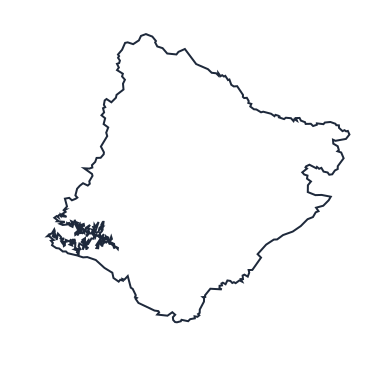 the district of Sragen, Jawa Tengah, Indonesia, rotated 296°
{"feature_id": "22746128B28263166501815", "entity_name": "Sragen", "entity_type": "district", "adm_level": 2, "iso_a3": "IDN", "parent_name": "Indonesia", "parent_adm1": "Jawa Tengah", "projection": "equal_earth", "projection_center": [110.906, -7.392], "detail": "fine", "context": "isolated", "style": "outline", "palette": "slate", "viewbox_px": 384, "rotation_deg": 296, "n_neighbors": 0, "source": "geoboundaries", "source_scale": "gbopen_adm2", "svg_char_len": 5908}
<svg xmlns="http://www.w3.org/2000/svg" viewBox="0 0 384 384"><g transform="rotate(296 192 192)"><path d="M89.8,250.5L98.7,250.8L101.9,249.4L102.3,247.8L103.5,249.9L104.9,249.0L113.1,250.9L117.5,261.4L117.7,258.8L119.8,257.9L121.2,259.9L122.7,258.6L124.0,259.5L123.8,262.6L128.0,262.6L128.9,265.5L127.9,268.1L129.3,269.2L129.2,271.2L133.4,273.4L133.4,276.4L135.2,274.1L136.1,276.0L139.1,274.1L140.7,275.3L140.4,279.2L144.6,278.8L146.7,277.1L148.4,280.4L163.3,282.8L164.9,278.2L177.2,281.7L185.1,286.4L186.7,289.3L193.2,292.7L200.6,299.9L209.1,304.7L218.2,307.8L222.5,311.7L228.0,312.1L230.2,314.1L232.3,310.4L237.2,316.0L244.5,318.5L248.6,318.8L246.2,309.8L243.3,304.3L242.7,296.1L248.9,293.2L253.6,294.3L254.4,289.5L257.4,288.6L256.9,285.2L258.0,282.5L263.5,285.1L263.9,283.2L265.1,283.3L268.0,285.6L267.8,293.2L269.3,293.3L268.6,296.1L270.4,297.7L268.0,301.3L269.0,305.3L267.7,307.8L269.4,310.3L274.0,311.0L276.5,312.9L279.1,311.7L288.8,313.5L292.9,308.8L292.4,304.9L294.1,305.6L297.0,302.9L297.4,297.8L300.8,295.8L300.9,298.5L307.2,307.1L312.7,308.3L315.2,305.3L314.1,304.0L314.4,302.0L312.7,300.6L314.1,296.0L316.3,294.8L315.3,292.4L316.2,291.0L315.6,285.7L312.7,281.0L310.6,280.4L308.4,274.1L307.1,274.7L304.4,271.9L305.4,268.9L303.0,264.3L304.3,263.0L303.9,258.6L305.7,256.2L304.0,253.0L302.1,255.0L302.4,252.1L300.2,252.2L301.7,248.6L299.9,243.8L297.9,242.8L297.2,237.5L298.3,237.5L298.4,236.1L297.9,233.2L296.3,232.9L297.0,228.8L295.4,220.8L293.9,219.1L294.4,213.7L293.5,211.4L294.4,206.9L297.2,206.7L296.7,203.6L298.6,203.1L300.7,200.0L299.3,197.7L299.8,196.0L301.6,195.3L306.9,186.2L305.2,183.3L305.6,180.3L309.5,176.3L308.4,175.3L311.0,171.0L309.8,170.1L310.2,167.9L308.6,166.9L310.5,163.4L308.3,164.6L309.3,161.7L307.8,157.4L309.4,152.5L308.8,139.7L317.4,122.9L312.0,118.4L308.8,117.7L305.6,109.0L308.4,102.5L307.6,97.0L310.3,93.3L311.9,93.4L314.3,88.2L313.7,81.3L309.9,77.7L305.0,77.8L299.1,74.3L298.3,68.6L296.7,66.5L289.2,66.8L283.1,65.2L282.2,66.9L280.2,66.7L278.5,69.6L276.0,70.0L274.3,68.4L271.8,71.7L268.7,71.2L268.0,78.0L265.2,78.5L263.5,82.5L259.1,82.5L254.1,85.5L246.2,81.6L243.4,82.3L237.3,80.2L238.1,74.4L236.0,73.4L231.7,74.6L230.2,76.8L228.3,75.3L225.0,78.1L221.3,77.0L220.2,81.6L214.3,82.8L213.3,88.4L207.7,88.9L205.1,91.3L192.9,90.2L189.1,95.4L187.2,96.1L182.7,94.9L180.8,91.3L176.6,91.8L172.3,90.3L170.3,91.7L168.0,89.4L166.0,84.6L164.4,94.2L162.9,95.5L156.6,95.0L154.6,96.5L152.1,95.5L152.1,90.2L148.4,88.4L144.6,87.3L137.8,88.7L136.7,91.4L134.9,90.4L131.9,87.7L132.9,84.2L130.3,80.7L124.2,86.0L120.4,84.9L121.1,86.3L119.3,85.1L118.7,87.1L115.2,84.9L114.7,90.1L113.4,86.1L114.1,83.8L112.8,84.5L113.3,82.8L111.5,82.0L110.6,83.0L111.0,80.9L108.5,79.6L107.6,83.9L106.5,83.5L109.4,90.7L105.5,87.2L105.7,90.3L108.0,93.9L109.3,93.4L108.8,95.8L110.9,94.5L109.5,96.1L110.4,97.7L108.3,97.1L108.3,99.9L112.0,99.1L111.9,97.2L112.8,96.3L112.9,100.5L115.5,98.6L114.1,100.5L114.3,103.1L111.9,101.8L112.6,105.1L113.8,105.3L112.9,105.8L115.8,108.7L114.3,109.8L112.5,107.2L111.7,108.3L110.5,102.9L109.2,104.6L110.5,104.8L110.6,107.7L109.7,107.0L109.9,108.4L108.9,108.2L109.7,109.7L107.7,108.9L108.0,106.7L106.3,108.4L105.2,107.4L106.4,106.1L103.8,105.0L102.3,105.9L104.3,107.0L103.0,108.6L104.8,107.8L106.5,110.2L107.3,109.1L107.7,110.9L106.1,111.2L108.0,111.8L107.8,113.2L111.1,110.7L110.1,113.8L113.1,112.3L117.7,114.8L113.3,114.1L113.6,115.8L110.9,115.4L111.6,117.5L110.4,116.0L105.7,116.6L109.7,117.6L110.7,120.0L111.4,119.5L109.9,122.5L111.9,122.4L112.0,119.6L113.3,120.0L113.1,121.8L114.3,118.7L114.8,121.3L117.1,118.7L117.6,120.6L117.8,119.5L119.7,118.7L118.4,120.5L124.1,121.2L114.0,122.5L113.6,124.2L115.4,125.5L119.2,124.6L121.6,125.6L122.6,124.9L125.7,124.9L126.2,125.1L126.4,125.6L121.9,127.2L119.7,125.7L121.3,127.3L119.3,127.0L119.4,128.0L119.0,128.1L118.9,126.3L117.2,128.2L114.4,127.3L112.2,128.9L112.3,130.4L115.5,131.3L112.5,131.2L112.3,132.4L111.6,130.5L110.4,131.3L111.7,134.7L113.8,134.1L112.5,135.9L114.4,135.2L114.4,136.7L112.4,137.4L113.6,139.4L116.4,139.0L114.7,140.6L111.2,139.3L111.2,144.7L109.4,145.9L109.3,149.9L108.2,150.3L109.2,147.9L107.0,146.0L108.5,146.4L110.0,142.3L109.2,140.6L111.3,137.8L109.1,137.1L109.6,135.4L108.2,136.6L108.9,135.4L107.3,135.0L109.9,132.5L107.1,132.3L103.9,135.6L104.8,133.0L107.6,131.1L106.4,130.2L100.3,132.3L99.7,130.7L102.6,130.6L102.4,129.3L110.4,130.3L110.8,128.2L112.8,127.5L111.1,126.3L112.1,124.2L110.4,125.9L110.9,124.3L109.5,124.7L110.9,123.1L106.9,124.1L106.2,122.0L101.5,121.6L103.4,120.1L101.8,119.7L101.3,121.5L100.5,121.5L101.0,119.8L100.7,119.5L99.0,121.8L100.1,117.7L103.5,116.1L101.0,114.6L99.1,117.9L98.9,113.9L98.0,117.9L97.0,118.3L97.9,120.2L96.5,121.1L96.1,123.6L95.9,121.5L93.8,122.6L96.0,120.8L96.6,119.1L92.2,119.1L96.0,118.0L96.3,113.4L93.5,113.9L91.7,116.8L90.1,115.8L84.8,118.1L85.5,122.8L87.6,126.4L88.7,135.3L85.4,146.6L84.5,155.8L80.3,159.1L79.3,165.4L81.7,166.0L82.0,168.5L83.3,167.5L83.5,169.6L88.3,171.1L79.2,178.9L78.9,181.2L74.6,186.7L72.6,186.8L72.6,188.8L71.3,188.1L68.8,192.5L69.0,210.3L70.2,214.0L69.4,215.2L66.6,214.5L70.1,224.2L75.3,227.0L74.3,230.7L71.1,229.7L68.7,231.2L67.7,233.8L68.3,235.6L70.9,238.6L72.5,238.6L74.2,245.2L76.9,246.1L79.7,249.9L81.4,248.8L82.2,251.6L84.4,252.6L85.0,251.0L86.7,251.9L89.8,250.5ZM84.6,116.4L88.1,116.5L87.5,115.0L90.3,114.5L89.0,113.8L88.8,111.3L90.6,113.1L90.7,111.3L95.2,109.5L95.2,106.4L96.8,108.2L97.7,107.4L96.8,105.7L95.5,106.1L95.8,103.1L93.7,108.0L92.8,106.3L91.4,107.6L91.2,105.1L92.5,105.8L93.9,104.8L93.6,99.7L92.3,100.9L90.9,98.3L90.8,100.0L88.3,101.1L87.3,100.5L89.4,99.2L88.9,98.5L90.5,95.8L91.8,96.5L92.4,95.0L93.2,96.8L93.7,96.6L92.6,94.6L94.2,93.9L95.8,89.8L89.6,91.4L93.6,88.1L91.0,88.0L91.3,86.2L96.6,85.9L98.0,84.6L93.3,84.2L91.5,82.4L90.8,83.7L90.9,82.1L88.8,81.3L89.7,82.8L88.2,88.7L86.4,86.6L85.2,89.3L82.8,89.5L82.1,94.6L83.0,97.3L81.9,102.0L83.3,104.7L82.5,107.2L84.6,116.4Z" fill="none" stroke="#1e293b" stroke-width="2"/></g></svg>